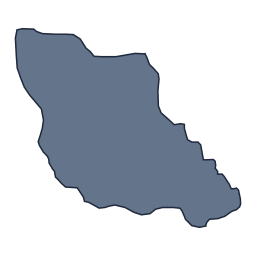 SVG path tracing the border of Central Bosnia
{"feature_id": "BIH-2226", "entity_name": "Central Bosnia", "entity_type": "Canton", "adm_level": 1, "iso_a3": "BIH", "parent_name": "Bosnia and Herzegovina", "parent_adm1": "", "projection": "equal_earth", "projection_center": [17.688, 44.116], "detail": "fine", "context": "isolated", "style": "filled", "palette": "slate", "viewbox_px": 256, "rotation_deg": 0, "n_neighbors": 0, "source": "natural_earth", "source_scale": "10m", "svg_char_len": 1428}
<svg xmlns="http://www.w3.org/2000/svg" viewBox="0 0 256 256"><path d="M38.2,141.7L40.4,134.9L42.3,128.3L43.5,120.1L41.4,109.0L29.7,95.1L24.4,87.3L20.6,77.8L17.2,68.0L16.3,55.3L15.4,38.1L17.0,29.9L22.3,28.7L33.7,29.1L36.5,31.5L42.5,33.6L55.1,34.2L65.5,34.2L73.4,34.6L80.3,39.1L86.0,48.1L90.4,51.8L94.1,56.3L102.0,56.7L115.9,56.7L135.1,53.4L144.6,53.9L145.0,53.6L147.0,57.8L149.4,64.4L153.6,68.5L158.2,73.7L159.0,78.9L157.9,91.1L158.4,106.0L161.1,112.9L168.6,119.5L174.2,124.7L180.6,123.7L184.4,124.4L184.4,128.5L186.2,135.1L187.6,139.7L191.9,142.1L195.6,142.1L198.0,142.1L200.7,144.9L201.8,151.1L203.4,159.8L206.9,159.8L213.3,159.5L215.1,161.2L215.7,165.4L215.2,168.2L217.6,171.3L217.6,174.1L220.2,174.1L222.1,174.1L224.0,176.2L229.4,184.5L231.2,188.7L233.9,188.7L236.5,188.1L238.5,190.1L240.4,199.1L240.6,204.0L239.6,206.8L236.6,209.6L231.8,211.3L224.9,216.2L217.9,218.6L209.4,219.3L206.7,222.5L205.6,225.9L205.7,226.0L199.5,227.3L192.5,225.8L191.7,225.6L185.5,219.3L184.5,216.7L182.1,211.0L181.3,209.9L179.9,208.2L173.2,207.5L162.5,207.5L155.6,209.2L151.6,212.4L150.0,213.7L141.4,214.8L133.9,212.3L125.1,207.5L114.9,205.0L109.3,206.1L104.8,207.5L99.1,208.1L93.0,204.7L88.4,202.2L84.5,201.4L83.3,196.9L77.2,187.8L71.0,187.4L65.5,187.0L61.7,183.6L57.9,179.4L55.5,177.1L54.4,171.1L52.3,168.8L51.8,167.6L49.1,163.1L48.8,159.3L47.4,156.2L43.3,152.0L39.5,145.6L38.2,141.7Z" fill="#64748b" stroke="#1e293b" stroke-width="1.5"/></svg>